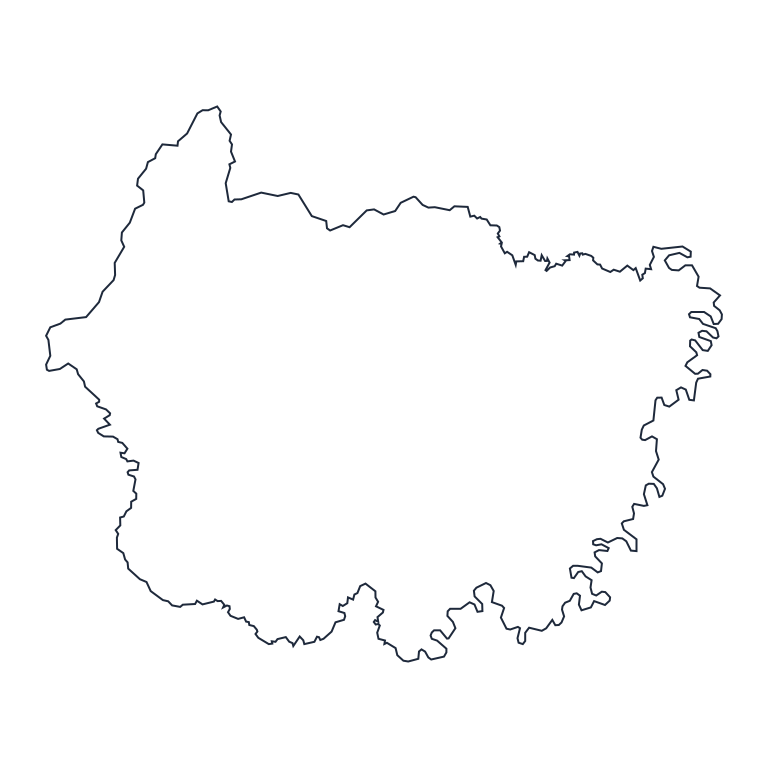 the district of Jamundí, Valle del Cauca, Colombia
{"feature_id": "7082276B34643153596427", "entity_name": "Jamundí", "entity_type": "district", "adm_level": 2, "iso_a3": "COL", "parent_name": "Colombia", "parent_adm1": "Valle del Cauca", "projection": "mercator", "projection_center": [-76.61, 3.224], "detail": "fine", "context": "isolated", "style": "outline", "palette": "slate", "viewbox_px": 768, "rotation_deg": 0, "n_neighbors": 0, "source": "geoboundaries", "source_scale": "gbopen_adm2", "svg_char_len": 6103}
<svg xmlns="http://www.w3.org/2000/svg" viewBox="0 0 768 768"><path d="M517.5,638.2L518.6,642.7L522.8,644.1L525.2,641.0L525.2,632.8L529.1,627.7L541.8,630.8L546.2,628.3L552.3,619.9L555.3,625.2L558.8,625.0L561.5,622.5L564.1,616.4L562.0,609.6L562.5,606.3L565.1,602.7L569.8,600.8L573.7,593.9L576.7,593.3L580.0,595.7L578.9,604.6L581.5,610.3L590.9,607.4L594.1,601.1L605.0,605.0L609.7,600.6L610.1,597.3L605.3,592.1L601.8,591.7L596.2,595.5L592.1,593.8L590.5,587.5L591.6,580.2L585.6,576.4L581.8,571.2L578.2,572.0L573.9,578.1L571.5,577.7L569.9,568.5L573.1,565.8L577.7,565.8L591.3,567.6L597.7,572.4L601.0,571.1L601.9,563.4L595.2,556.4L594.6,552.4L599.0,550.1L607.4,551.0L608.7,548.1L601.5,544.3L596.1,545.3L593.2,544.3L593.0,541.1L596.9,539.2L600.5,538.8L607.9,542.5L617.2,538.0L622.3,538.4L626.3,541.3L630.9,550.6L636.5,551.1L636.5,539.3L623.9,529.8L621.8,523.4L623.8,521.3L633.1,519.0L634.0,513.4L632.3,506.8L634.1,503.9L643.9,505.9L647.4,505.2L643.9,494.2L645.8,485.4L648.8,483.7L653.8,483.9L656.9,488.3L659.4,496.9L662.3,495.7L665.0,488.8L663.1,484.2L653.4,476.6L651.9,472.1L658.7,459.6L656.0,451.1L656.9,439.2L652.0,436.4L645.1,440.1L642.2,439.7L640.5,437.7L641.8,429.7L643.8,425.5L653.4,420.5L655.5,400.3L657.2,397.7L661.6,397.6L664.3,405.0L669.3,406.6L678.6,399.7L676.3,390.2L681.0,387.4L685.8,389.6L689.3,399.8L693.9,400.4L696.2,382.6L698.0,378.7L710.3,376.5L710.4,374.2L707.1,370.7L702.5,370.0L697.9,373.7L695.1,373.8L685.5,365.9L687.3,362.3L697.1,355.2L696.3,352.3L690.0,346.3L690.2,340.6L691.6,339.5L695.2,340.4L702.7,350.1L707.8,350.9L711.6,345.2L710.8,341.1L699.3,337.0L698.5,332.8L702.1,330.8L706.5,331.3L713.0,337.5L716.5,338.3L718.5,336.4L717.4,331.1L715.7,328.2L703.0,323.9L699.2,319.0L690.0,317.3L689.0,314.2L691.3,312.0L704.1,312.0L710.7,316.4L713.7,324.0L718.1,323.8L721.6,319.1L721.9,314.4L719.7,310.3L714.1,305.9L713.7,302.5L720.0,295.4L710.1,288.4L699.5,287.7L697.0,286.0L698.6,276.7L692.0,265.3L685.4,265.3L678.7,270.4L671.8,269.9L669.0,267.9L664.8,260.4L669.1,255.3L679.4,252.9L687.4,257.3L690.6,256.7L690.8,251.6L682.5,246.5L661.3,248.8L653.4,246.8L652.0,251.0L653.9,256.9L649.8,264.9L651.1,269.2L645.7,268.6L644.9,273.1L642.3,274.7L642.8,278.3L640.2,280.5L635.7,268.1L633.4,270.1L627.3,265.6L619.9,271.7L613.7,269.7L610.3,272.0L602.1,268.5L600.1,264.6L597.4,264.4L593.1,260.4L593.3,257.7L591.2,255.9L585.4,253.9L582.8,254.6L582.3,253.3L580.2,253.5L579.4,255.7L577.5,251.9L574.1,252.6L574.0,254.6L569.9,254.3L567.4,256.1L569.1,256.4L569.6,260.1L564.9,260.3L565.8,260.8L562.2,265.6L556.2,263.7L554.7,266.2L550.1,267.5L546.6,270.9L545.5,270.1L549.6,262.6L547.4,258.5L547.0,260.9L545.1,261.0L541.7,255.2L540.6,260.7L537.9,260.5L535.4,258.7L534.7,255.1L529.1,252.2L527.2,256.7L524.1,256.8L523.2,261.2L516.3,261.4L515.7,264.9L512.3,255.3L507.1,251.8L504.8,253.3L501.0,246.4L501.6,243.9L500.2,243.6L501.7,242.4L497.6,237.2L499.4,236.4L497.8,233.5L500.0,230.6L499.3,227.1L496.8,225.5L490.4,225.3L486.7,219.5L481.5,218.6L480.2,217.0L477.1,218.5L474.3,215.7L470.3,216.6L467.7,206.9L454.4,206.3L449.7,210.2L434.8,207.2L428.4,207.6L422.6,204.9L415.6,197.2L413.5,196.7L400.7,202.8L395.2,211.0L383.6,214.5L374.1,209.4L366.7,210.4L349.6,227.2L343.0,225.2L330.1,230.5L327.0,228.3L326.2,221.0L311.8,216.1L298.4,194.5L290.7,192.9L277.7,196.0L261.2,192.6L241.3,199.3L234.5,199.5L231.9,202.0L228.7,201.3L225.7,183.2L230.3,167.9L229.4,164.3L235.0,161.5L231.0,151.6L232.0,144.4L229.6,140.8L231.0,134.5L221.1,122.1L219.6,115.4L220.7,111.5L217.2,106.5L208.1,110.3L202.6,110.2L197.4,113.4L187.1,133.5L178.0,141.3L177.5,145.7L162.4,144.4L155.8,154.2L155.2,158.2L147.9,162.1L146.1,168.7L138.0,178.7L137.1,185.6L143.2,190.4L144.3,202.6L143.0,204.8L135.1,208.7L129.8,222.7L121.9,232.5L121.3,240.4L124.2,246.8L114.7,262.9L115.1,275.0L113.6,280.1L102.6,291.7L99.0,302.1L86.1,317.1L65.3,319.6L60.4,323.6L50.3,327.3L46.1,335.8L48.4,339.9L50.3,355.8L46.1,364.6L46.9,369.7L49.1,370.9L59.8,369.0L68.2,363.5L76.7,369.3L78.1,374.2L83.9,381.4L85.1,386.7L99.2,399.7L99.1,401.8L96.1,403.5L97.2,406.3L106.0,409.4L110.1,413.3L109.7,415.2L104.1,418.6L109.9,424.7L98.3,428.8L96.9,430.2L98.2,432.9L103.8,436.4L113.0,436.6L117.5,439.2L118.2,441.9L122.3,442.9L127.4,448.7L124.5,453.3L120.5,452.7L121.3,457.0L126.2,459.1L127.4,461.4L133.5,460.6L138.6,463.0L137.5,469.8L129.2,470.4L127.6,472.2L128.4,474.7L134.0,476.5L135.5,479.4L133.3,490.9L136.3,493.7L136.2,498.9L131.2,501.7L131.1,507.9L126.4,511.3L123.8,516.5L120.1,517.5L120.3,525.4L115.7,530.1L118.2,533.9L116.9,537.6L117.1,548.8L123.3,553.1L125.1,559.5L127.6,562.4L128.2,568.6L139.9,579.2L146.5,582.0L150.7,591.1L162.9,600.1L168.2,601.3L172.1,605.4L180.2,606.9L182.8,604.7L195.1,604.0L196.9,600.7L202.5,604.4L213.9,601.6L215.1,599.5L217.6,601.1L221.1,600.9L224.3,604.8L223.1,607.5L226.9,605.5L229.5,606.2L229.8,609.0L228.0,612.2L230.5,615.8L238.1,618.9L244.1,617.3L246.1,621.6L248.8,622.1L249.3,625.0L253.8,626.1L256.8,629.7L257.4,631.5L255.5,634.0L258.3,637.8L268.8,644.1L272.3,643.6L271.8,641.3L275.5,641.8L277.5,639.1L285.8,637.1L289.2,641.7L292.5,643.1L293.3,646.0L299.7,636.5L303.3,640.3L304.3,644.1L314.4,641.8L317.0,636.7L319.0,637.2L320.3,640.0L323.5,638.8L331.6,631.6L335.5,622.3L344.0,619.8L345.2,616.2L344.4,613.0L338.5,611.2L339.7,604.2L342.8,606.0L347.3,603.2L348.0,597.4L353.1,599.6L354.4,594.5L357.4,593.1L360.2,586.1L365.5,583.6L375.4,591.3L375.5,597.5L378.1,601.8L376.0,606.3L383.5,609.9L382.9,612.5L377.5,617.1L378.2,621.7L375.1,620.1L373.8,622.0L375.7,624.5L378.3,624.0L379.8,625.5L377.2,632.7L378.5,638.8L385.0,640.5L384.4,644.0L386.9,642.8L395.6,648.1L397.3,655.2L403.4,660.7L408.2,661.5L418.3,658.8L419.0,651.5L421.5,649.4L425.1,651.6L428.3,657.4L431.2,659.5L444.0,656.6L446.4,652.4L446.4,648.7L437.1,640.6L431.8,638.8L430.6,635.5L431.8,632.5L434.1,630.3L440.1,630.3L447.0,638.6L448.6,638.4L455.4,628.2L452.9,621.9L447.4,615.9L447.7,611.3L450.1,608.8L460.6,608.8L469.6,602.3L474.5,604.5L477.5,611.8L482.4,611.1L482.2,604.0L474.6,596.4L473.9,590.7L476.4,587.7L486.0,583.0L490.4,585.2L493.7,591.0L491.9,602.1L502.0,605.7L504.1,608.0L500.9,617.6L506.5,628.7L510.2,629.5L517.9,626.9L520.0,628.2L517.5,638.2Z" fill="none" stroke="#1e293b" stroke-width="2"/></svg>